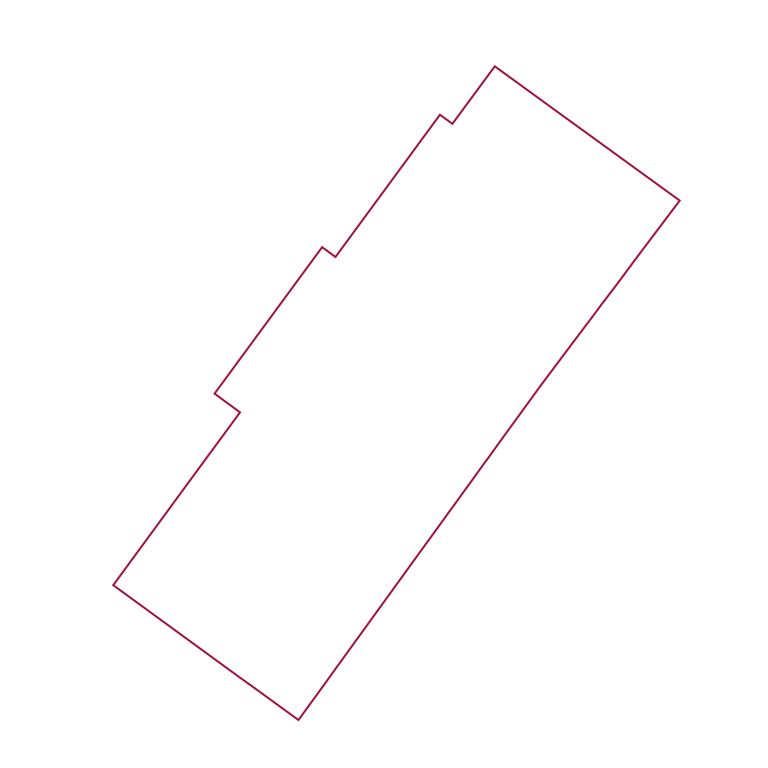 Lea, New Mexico, United States of America (Albers equal-area conic projection), rotated 36°
{"feature_id": "52423323B76999377614602", "entity_name": "Lea", "entity_type": "district", "adm_level": 2, "iso_a3": "USA", "parent_name": "United States of America", "parent_adm1": "New Mexico", "projection": "albers", "projection_center": [-103.223, 32.785], "detail": "fine", "context": "isolated", "style": "outline", "palette": "rose", "viewbox_px": 768, "rotation_deg": 36, "n_neighbors": 0, "source": "geoboundaries", "source_scale": "gbopen_adm2", "svg_char_len": 881}
<svg xmlns="http://www.w3.org/2000/svg" viewBox="0 0 768 768"><g transform="rotate(36 384 384)"><path d="M515.4,61.8L359.0,61.9L286.9,61.9L286.4,133.3L271.0,133.3L270.8,167.5L270.5,228.9L270.1,309.8L265.8,309.7L253.5,309.7L252.6,491.4L284.2,491.6L283.8,561.1L283.2,705.9L421.1,706.2L437.8,706.2L440.7,706.2L441.6,706.2L459.7,706.1L503.9,706.1L504.9,706.1L512.3,706.1L512.3,670.6L512.3,655.8L512.2,646.8L511.9,492.0L511.9,465.0L511.8,459.9L511.9,459.3L511.8,450.0L511.9,441.0L511.8,426.2L511.8,422.8L511.8,415.5L511.8,408.1L511.7,387.3L511.8,384.7L511.8,384.3L511.7,366.7L511.7,366.4L511.7,357.8L511.6,354.5L511.7,354.3L511.7,350.0L511.7,345.4L511.7,337.0L511.7,312.7L511.7,310.6L511.7,296.0L511.7,291.7L511.9,280.1L511.9,278.7L512.5,238.1L513.1,206.0L513.2,190.8L513.3,189.1L513.8,166.6L513.9,160.7L514.1,136.5L515.4,61.8Z" fill="none" stroke="#9f1239" stroke-width="2"/></g></svg>